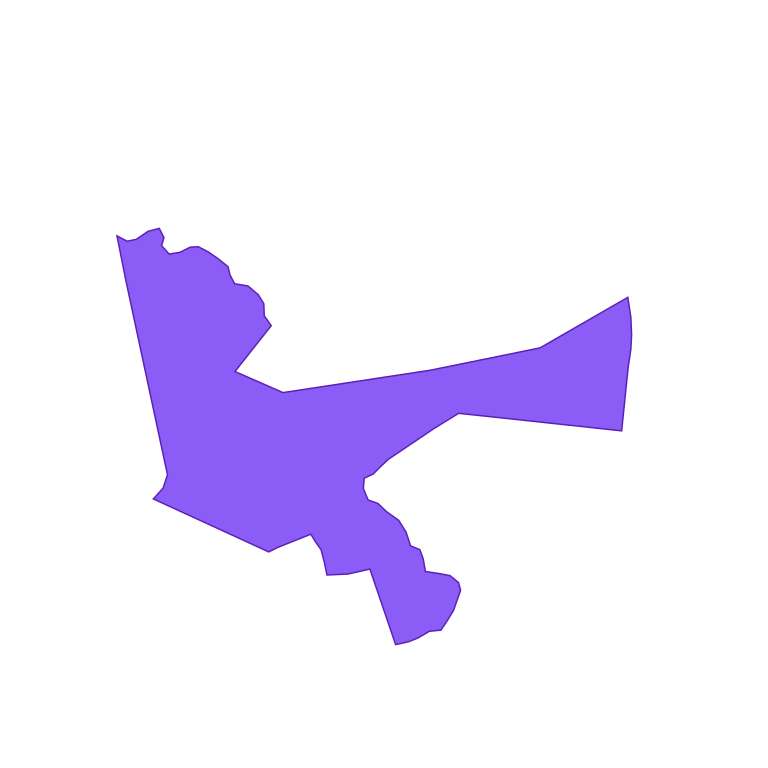 outline of Caiçara, Paraíba, Brazil, rotated 65°
{"feature_id": "56859067B64465430989239", "entity_name": "Caiçara", "entity_type": "district", "adm_level": 2, "iso_a3": "BRA", "parent_name": "Brazil", "parent_adm1": "Paraíba", "projection": "mercator", "projection_center": [-35.407, -6.583], "detail": "fine", "context": "isolated", "style": "filled", "palette": "violet", "viewbox_px": 768, "rotation_deg": 65, "n_neighbors": 0, "source": "geoboundaries", "source_scale": "gbopen_adm2", "svg_char_len": 1094}
<svg xmlns="http://www.w3.org/2000/svg" viewBox="0 0 768 768"><g transform="rotate(65 384 384)"><path d="M408.5,126.4L417.2,227.4L414.7,237.7L391.0,336.5L378.2,380.0L349.1,479.2L309.7,513.8L283.5,461.6L271.6,463.7L260.4,459.0L250.1,460.2L237.6,465.9L230.0,477.0L220.2,477.5L211.8,475.8L200.3,481.4L190.1,487.4L181.1,494.3L178.1,501.7L178.4,513.3L175.4,523.8L164.7,527.1L158.4,521.6L148.0,521.9L145.9,533.2L148.2,547.5L146.0,556.5L136.9,563.4L179.8,573.9L374.8,618.6L385.0,628.2L390.7,641.6L487.5,559.4L487.2,549.5L489.2,513.8L497.9,512.8L507.6,511.1L519.8,513.3L533.0,516.4L541.0,497.0L545.8,475.0L625.1,483.6L628.0,470.6L628.5,460.7L627.3,447.4L631.1,436.5L625.5,427.1L618.6,416.7L609.3,407.6L603.3,401.7L595.4,400.4L585.6,405.1L578.7,414.7L571.5,425.7L559.2,422.4L549.3,421.5L542.0,428.3L527.4,426.6L513.8,428.3L500.7,435.7L489.7,440.0L482.4,447.4L470.0,446.9L461.0,441.7L461.0,431.8L457.5,422.2L454.1,412.0L445.5,357.7L442.1,328.8L496.0,239.5L526.9,188.4L485.0,163.4L472.0,155.6L457.0,145.7L444.1,138.8L427.9,132.1L408.5,126.4Z" fill="#8b5cf6" stroke="#5b21b6" stroke-width="1.5"/></g></svg>